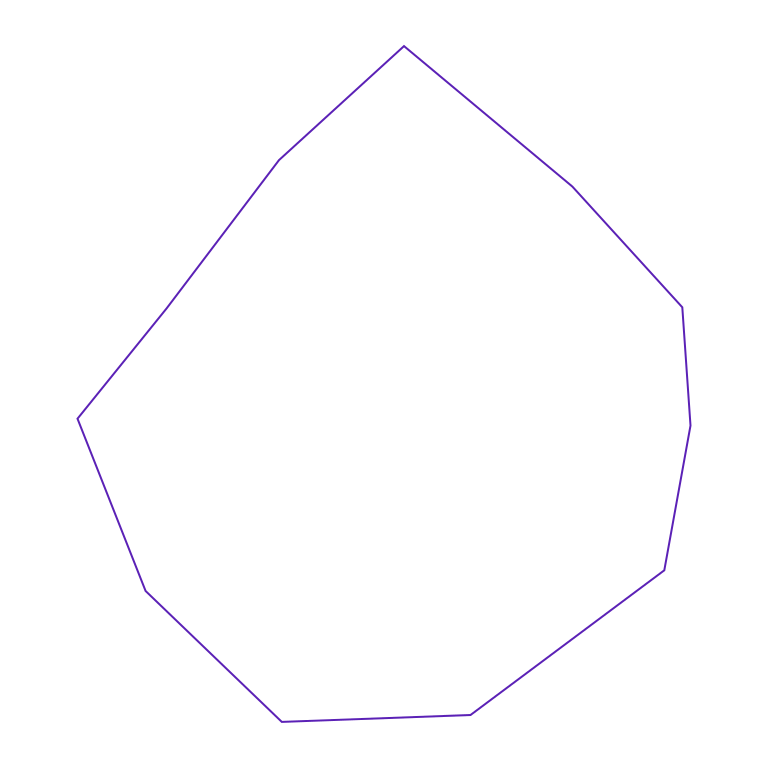 Naftalan, orthographic projection
{"feature_id": "AZE-5561", "entity_name": "Naftalan", "entity_type": "Municipality", "adm_level": 1, "iso_a3": "AZE", "parent_name": "Azerbaijan", "parent_adm1": "", "projection": "orthographic", "projection_center": [46.827, 40.508], "detail": "fine", "context": "isolated", "style": "outline", "palette": "violet", "viewbox_px": 768, "rotation_deg": 0, "n_neighbors": 0, "source": "natural_earth", "source_scale": "10m", "svg_char_len": 268}
<svg xmlns="http://www.w3.org/2000/svg" viewBox="0 0 768 768"><path d="M404.0,46.1L572.4,186.6L682.3,307.3L690.5,425.6L664.3,570.3L470.5,715.0L281.8,721.9L145.6,591.0L77.5,418.7L166.6,308.4L279.0,160.1L404.0,46.1Z" fill="none" stroke="#5b21b6" stroke-width="2"/></svg>